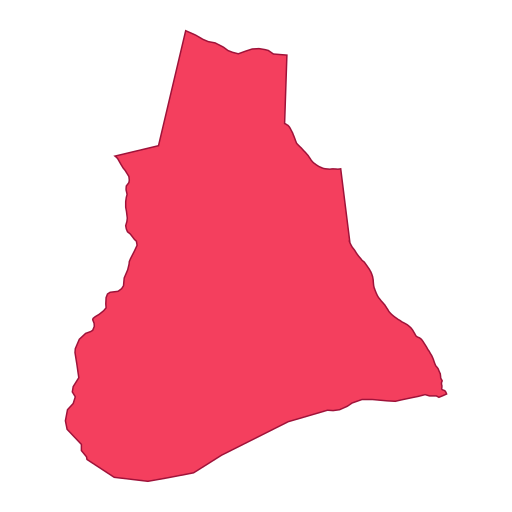 outline of Pierrot, Vieux Fort, Saint Lucia
{"feature_id": "8701671B71571062507422", "entity_name": "Pierrot", "entity_type": "district", "adm_level": 2, "iso_a3": "LCA", "parent_name": "Saint Lucia", "parent_adm1": "Vieux Fort", "projection": "albers", "projection_center": [-60.942, 13.77], "detail": "fine", "context": "isolated", "style": "filled", "palette": "rose", "viewbox_px": 512, "rotation_deg": 0, "n_neighbors": 0, "source": "geoboundaries", "source_scale": "gbopen_adm2", "svg_char_len": 3544}
<svg xmlns="http://www.w3.org/2000/svg" viewBox="0 0 512 512"><path d="M185.7,30.7L158.5,145.7L115.0,156.1L116.0,156.9L117.6,158.5L120.9,164.3L123.2,168.1L125.2,170.5L128.9,176.5L129.3,180.2L128.9,182.6L126.3,186.0L126.1,188.4L126.1,190.0L127.1,194.4L126.3,197.4L125.7,201.6L125.7,207.2L126.5,211.6L127.3,218.1L126.9,221.5L125.7,225.7L126.3,228.9L127.5,231.8L130.3,234.0L134.5,239.5L136.4,241.2L137.1,245.3L134.5,250.9L130.5,258.7L129.3,261.6L129.1,264.0L127.7,269.8L124.2,278.0L123.5,285.8L121.6,288.7L118.1,291.3L110.1,292.3L107.5,294.0L106.1,297.6L105.8,303.9L106.1,307.8L103.7,310.7L99.2,314.3L95.2,316.7L93.1,318.4L92.7,319.7L94.1,323.3L94.3,326.4L92.7,330.3L90.8,331.5L85.6,333.4L79.3,339.3L75.3,348.7L75.0,352.6L76.6,362.6L76.7,363.0L77.9,371.5L78.8,377.7L73.2,386.6L72.3,391.9L75.3,396.8L73.2,403.5L67.5,409.7L65.4,420.8L67.1,429.3L81.4,444.4L81.4,450.6L86.5,456.8L87.0,459.5L114.2,477.3L147.9,481.3L168.2,477.7L193.6,472.8L221.7,455.1L288.2,421.7L327.5,410.2L333.1,410.6L339.6,409.7L347.4,406.2L352.1,403.0L362.0,399.5L372.4,399.5L386.7,400.8L395.3,401.3L401.3,399.9L411.7,397.7L418.2,396.4L425.1,394.6L429.4,395.9L436.3,395.9L438.9,397.3L442.4,395.9L446.6,394.0L446.3,393.2L446.0,392.5L445.6,391.7L445.1,391.0L444.2,390.4L443.3,390.1L442.3,389.7L441.7,389.1L441.7,388.3L441.8,387.8L441.9,387.0L441.9,385.7L441.6,384.6L441.5,384.0L441.5,382.8L441.8,381.7L442.1,381.2L442.1,380.5L441.7,379.9L441.0,378.7L440.7,377.9L440.6,376.8L440.6,376.2L440.4,374.9L440.3,373.8L439.9,373.0L439.2,371.4L438.5,369.7L438.1,368.7L437.0,367.2L436.3,366.5L435.7,365.7L434.8,363.6L434.0,361.4L433.4,359.5L432.7,357.8L431.6,355.4L430.8,354.2L430.1,353.0L429.0,351.0L428.2,350.0L427.6,349.0L426.7,347.3L425.7,345.7L425.2,344.9L424.1,343.2L423.1,341.6L422.4,340.6L421.4,339.3L420.3,338.4L419.2,337.7L417.6,337.1L416.1,336.1L415.1,334.4L414.6,333.4L413.9,332.3L412.9,330.5L412.1,329.3L411.7,328.9L410.9,327.8L410.0,327.0L409.3,326.4L408.5,325.7L407.2,324.7L405.8,323.9L403.8,322.8L402.1,322.0L400.6,320.9L399.4,320.1L398.2,319.5L396.9,318.5L395.3,317.4L394.2,316.6L393.0,315.6L391.7,314.5L390.5,313.3L389.6,312.3L388.8,311.4L388.4,310.6L387.5,309.1L386.9,308.3L386.2,307.1L385.6,306.3L384.7,304.8L384.2,304.3L383.2,303.1L382.4,302.2L381.0,300.7L380.3,299.7L378.9,298.0L378.2,297.0L377.5,295.8L377.0,294.8L376.5,293.7L376.0,292.6L375.7,291.8L374.9,289.8L374.6,288.8L374.2,288.0L373.9,286.6L373.7,285.8L373.5,284.1L373.4,282.9L373.3,282.0L373.2,280.2L373.1,279.5L372.9,278.3L372.6,276.6L372.3,275.8L372.1,275.1L371.6,273.7L370.7,271.6L370.2,270.9L369.5,269.5L368.9,268.6L368.1,267.5L367.1,266.0L366.3,264.9L365.3,263.5L364.3,262.1L362.0,260.3L361.2,259.2L360.3,258.1L359.5,257.2L358.5,256.0L357.3,254.4L356.2,252.8L354.8,250.5L353.3,248.5L352.3,247.3L351.5,245.9L350.6,244.2L349.6,242.1L349.1,240.4L349.7,241.0L340.7,168.8L339.6,169.0L337.7,169.2L335.9,169.0L333.6,168.9L332.0,168.9L329.7,169.2L327.8,169.0L325.6,168.8L323.7,168.5L322.3,168.0L321.0,167.4L319.3,166.7L318.4,166.2L317.0,165.3L316.2,164.8L315.2,164.0L313.9,163.1L312.6,161.9L311.1,160.1L310.2,158.6L309.2,157.2L308.1,155.5L307.1,154.4L305.3,152.3L303.5,150.5L301.3,148.0L299.8,146.6L298.0,144.8L296.6,143.3L295.4,140.3L295.0,139.1L293.9,136.2L293.2,134.6L292.7,133.1L291.1,130.1L290.3,128.5L289.6,127.3L289.0,126.5L287.9,125.3L286.9,124.8L285.6,123.9L284.6,123.5L286.9,55.1L273.4,54.0L268.4,50.5L265.0,49.6L259.0,48.6L252.2,49.0L245.7,51.1L238.3,53.8L232.5,52.3L227.9,50.5L223.5,47.2L215.1,42.9L208.2,41.6L203.0,39.4L195.6,35.1L185.7,30.7Z" fill="#f43f5e" stroke="#9f1239" stroke-width="1.5"/></svg>